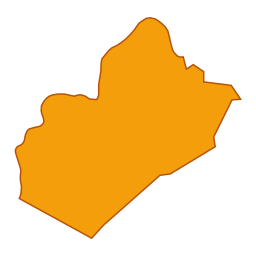 Wood, West Virginia, United States of America
{"feature_id": "52423323B9322907823760", "entity_name": "Wood", "entity_type": "district", "adm_level": 2, "iso_a3": "USA", "parent_name": "United States of America", "parent_adm1": "West Virginia", "projection": "equal_earth", "projection_center": [-81.577, 39.218], "detail": "fine", "context": "isolated", "style": "filled", "palette": "amber", "viewbox_px": 256, "rotation_deg": 0, "n_neighbors": 0, "source": "geoboundaries", "source_scale": "gbopen_adm2", "svg_char_len": 1188}
<svg xmlns="http://www.w3.org/2000/svg" viewBox="0 0 256 256"><path d="M15.6,149.6L15.4,151.4L16.2,154.8L20.4,168.0L20.9,171.7L20.5,173.5L20.3,178.1L20.4,180.4L21.5,186.2L21.1,192.0L20.7,194.4L20.0,196.9L19.2,198.5L91.6,238.2L103.8,224.9L159.9,175.3L170.1,174.0L215.2,146.7L213.7,136.9L232.0,99.9L240.6,99.2L231.2,85.4L203.7,81.9L203.7,71.7L193.3,64.6L186.4,69.1L183.2,56.9L181.1,57.1L179.5,56.9L177.4,56.1L174.5,53.1L173.3,51.4L172.4,49.2L170.3,41.4L169.4,37.0L167.7,30.6L165.1,26.8L163.0,24.8L161.7,23.5L158.1,20.7L155.1,18.9L150.3,17.8L146.2,18.4L141.1,21.6L138.7,23.6L134.5,29.6L131.8,32.9L125.7,39.1L121.2,42.6L116.5,45.7L112.1,47.7L108.6,50.7L102.0,58.8L101.1,63.4L100.9,70.8L98.7,84.6L98.7,94.7L97.7,97.9L96.5,99.6L89.8,99.0L88.5,98.4L85.6,96.3L82.0,95.1L79.8,94.8L77.5,95.2L74.2,96.2L64.7,94.1L59.0,94.0L52.9,94.8L49.4,96.1L47.1,97.7L44.5,100.5L43.4,102.1L41.5,105.7L41.2,110.4L41.4,111.9L41.8,113.8L43.3,117.7L43.8,121.1L43.7,122.4L43.2,123.2L42.3,124.6L39.5,126.4L34.8,127.4L31.6,128.3L29.3,128.9L28.8,129.3L28.1,129.8L26.8,131.6L25.4,135.0L24.3,140.5L23.7,141.9L21.8,144.4L18.2,146.2L16.9,147.2L15.6,149.3L15.6,149.6Z" fill="#f59e0b" stroke="#b45309" stroke-width="1.5"/></svg>